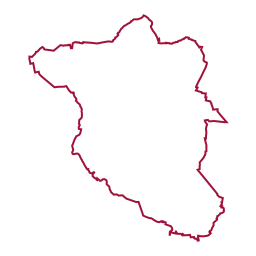 the district of Zináparo, Michoacán, Mexico
{"feature_id": "50627088B92928656414913", "entity_name": "Zináparo", "entity_type": "district", "adm_level": 2, "iso_a3": "MEX", "parent_name": "Mexico", "parent_adm1": "Michoacán", "projection": "orthographic", "projection_center": [-102.009, 20.178], "detail": "fine", "context": "isolated", "style": "outline", "palette": "rose", "viewbox_px": 256, "rotation_deg": 0, "n_neighbors": 0, "source": "geoboundaries", "source_scale": "gbopen_adm2", "svg_char_len": 5693}
<svg xmlns="http://www.w3.org/2000/svg" viewBox="0 0 256 256"><path d="M226.6,122.2L220.1,114.6L217.5,111.3L217.6,109.2L213.1,109.6L212.7,107.6L211.6,104.5L211.5,104.4L211.4,104.2L211.5,103.5L210.6,102.4L210.3,101.4L209.5,101.2L205.8,100.4L206.4,97.3L205.3,97.3L205.8,93.5L205.0,93.6L204.6,93.4L203.4,93.3L202.5,93.1L201.9,93.1L201.7,92.7L201.7,92.3L199.5,91.6L195.9,90.5L197.1,88.7L197.6,87.5L196.1,87.2L196.2,86.4L198.6,81.5L200.9,77.2L203.0,72.8L206.0,66.7L206.1,66.0L206.8,64.0L206.8,62.6L204.6,61.6L203.5,60.4L204.0,55.4L201.5,50.6L201.0,49.9L202.1,47.0L199.9,46.7L199.3,47.4L195.1,41.4L195.2,41.0L191.9,40.0L191.8,39.6L188.7,38.8L188.8,37.7L185.9,37.2L185.7,37.5L184.8,38.1L183.9,38.5L183.8,39.1L182.9,39.2L181.9,39.6L180.8,40.5L179.8,40.5L178.2,41.1L177.9,41.8L177.3,42.0L175.7,42.0L175.0,42.6L173.1,42.8L172.7,43.2L172.4,43.4L172.3,43.6L171.5,43.7L169.6,43.5L169.5,43.1L168.5,43.1L166.2,42.8L166.2,43.3L164.8,43.2L162.7,43.3L159.8,43.3L158.5,43.0L158.6,42.2L158.7,41.3L158.7,40.4L159.3,40.5L159.1,38.8L157.8,39.7L157.0,37.0L156.2,35.8L155.4,34.0L153.0,30.9L151.9,28.9L151.8,28.6L151.1,27.6L150.9,26.0L151.5,25.4L151.9,24.7L152.1,23.3L152.0,22.3L151.4,21.3L150.5,20.6L149.6,20.1L148.8,19.2L148.2,18.2L147.3,17.5L145.3,16.1L143.7,15.4L143.0,16.4L142.4,17.2L141.7,17.8L140.4,18.4L137.6,19.3L137.2,19.3L134.7,19.3L134.1,19.3L133.4,19.6L131.7,21.1L131.2,21.1L130.9,21.4L130.7,22.0L130.5,22.3L130.0,22.6L129.7,22.7L129.4,23.1L128.2,23.5L127.8,23.8L127.5,24.0L126.7,24.5L125.4,25.4L124.4,25.7L123.2,26.8L122.7,27.4L122.2,28.1L121.2,28.8L119.9,31.0L119.7,31.3L119.2,32.3L118.7,32.7L118.1,32.8L117.5,33.6L118.3,35.0L116.2,37.3L115.2,37.5L115.0,38.6L114.5,39.2L113.3,40.0L113.1,40.3L113.0,41.1L112.0,41.8L108.6,41.4L107.3,41.6L105.7,41.8L97.0,43.5L91.4,42.8L88.3,42.6L86.1,42.4L85.6,42.5L85.2,42.5L84.0,42.2L83.3,42.1L82.6,42.7L82.8,43.1L82.2,43.4L79.3,42.8L79.1,42.4L77.0,42.6L76.7,42.2L75.3,42.1L73.2,42.9L72.7,43.4L72.6,44.1L72.5,45.7L72.1,48.2L70.9,48.2L70.1,44.9L69.2,44.9L69.4,45.2L64.3,45.4L63.5,45.7L62.2,45.4L61.3,45.3L60.4,45.2L53.7,50.7L44.3,49.4L43.7,48.0L42.4,47.0L39.9,48.8L37.5,51.6L35.9,51.9L35.6,53.3L31.9,57.0L30.8,56.7L30.1,56.7L29.4,56.6L29.4,58.3L29.5,59.6L29.8,60.9L30.1,62.2L30.3,63.8L33.2,63.1L33.8,66.2L34.7,71.0L35.1,72.5L38.7,71.7L39.4,74.3L41.5,76.4L54.5,87.3L57.7,86.8L62.9,86.7L64.7,86.6L65.6,86.2L66.3,86.1L69.2,90.7L69.9,91.2L71.0,92.5L71.6,92.5L72.6,93.0L73.2,92.4L73.6,92.5L73.8,93.0L73.7,94.0L74.0,95.4L74.7,96.8L75.5,97.7L75.9,98.3L76.4,98.9L75.9,100.8L76.5,101.0L77.4,102.5L79.5,104.2L79.7,104.4L80.1,105.4L80.3,106.4L81.3,108.0L81.9,109.5L81.6,110.5L81.6,111.5L81.9,113.0L81.9,116.4L81.6,117.8L79.2,120.1L79.1,123.2L79.0,124.0L79.4,124.4L79.8,125.1L79.0,126.5L78.8,127.0L78.7,127.7L78.9,128.9L81.2,129.3L80.3,133.2L79.4,134.6L79.1,134.9L76.3,136.3L74.4,139.9L73.8,141.7L73.3,142.9L73.2,143.4L72.2,145.5L72.4,146.6L72.7,148.0L73.2,149.6L73.2,150.0L73.0,150.6L72.7,151.1L72.2,152.3L72.2,152.7L72.3,153.1L72.7,153.7L73.2,154.2L77.3,153.5L78.0,153.8L78.7,154.3L79.1,154.8L79.7,155.7L80.1,156.7L80.9,158.5L82.0,160.1L82.3,161.2L82.6,161.6L82.9,161.8L84.8,165.5L86.0,167.5L87.2,169.2L88.2,169.1L88.1,169.6L88.4,170.3L89.2,171.1L89.3,171.7L89.5,172.5L90.3,173.0L91.2,173.3L92.4,173.4L93.5,172.2L93.9,172.2L94.2,172.5L93.7,173.1L92.8,173.9L92.6,176.0L93.5,177.0L94.7,178.0L95.9,178.6L96.7,179.8L97.1,180.0L97.3,178.4L100.2,180.9L101.1,180.6L102.0,180.0L103.1,179.2L104.5,179.2L105.2,179.5L105.9,179.9L106.3,180.2L106.9,181.9L106.6,183.8L106.8,184.4L108.9,186.3L109.4,186.9L109.5,187.6L109.5,188.2L109.7,189.2L110.4,190.7L110.7,191.0L111.0,192.1L113.9,194.7L116.2,194.4L117.1,194.6L118.8,195.6L121.6,195.3L122.9,195.5L123.5,196.1L124.2,196.9L126.2,198.4L126.3,198.6L136.1,202.0L138.5,201.9L139.8,205.5L142.7,213.9L143.1,215.5L145.1,216.5L147.5,217.4L148.5,217.8L149.5,218.1L150.7,218.1L151.9,218.6L155.2,220.8L156.7,221.6L159.2,222.2L159.8,222.0L160.9,221.3L161.8,221.9L162.8,222.2L162.8,221.3L165.7,222.5L165.4,224.3L170.8,226.2L171.2,226.8L171.7,227.3L172.0,228.4L172.3,229.8L170.9,231.0L170.4,231.3L172.1,232.7L175.5,233.5L175.8,231.5L176.0,231.5L177.2,233.7L178.1,233.8L181.0,233.9L181.2,234.1L181.6,234.3L181.8,234.8L182.2,235.2L182.4,235.3L182.6,234.3L182.7,234.0L183.2,234.3L183.3,234.4L183.3,235.1L184.5,235.3L186.9,235.2L189.9,234.9L189.9,235.1L190.3,235.8L190.7,237.3L194.0,237.0L194.2,238.2L194.8,238.6L195.8,238.5L196.8,239.5L197.8,239.8L197.8,240.6L198.7,240.5L198.7,240.1L198.0,237.3L198.1,235.7L199.0,235.8L199.5,236.2L200.3,236.3L201.1,236.1L202.2,236.3L203.5,236.3L205.8,236.0L207.9,235.6L209.9,234.2L210.1,233.6L210.5,233.3L210.0,233.1L210.1,232.3L209.4,232.0L209.4,231.7L209.8,231.0L210.2,230.8L210.7,230.7L211.0,230.5L211.4,230.0L212.3,227.5L213.0,226.5L213.7,225.0L213.5,224.2L213.5,223.1L214.1,222.3L217.0,219.7L217.1,218.8L216.9,218.8L216.6,218.5L216.7,218.4L217.0,218.3L217.3,216.2L217.6,216.2L218.1,215.9L218.5,215.4L219.4,214.7L219.7,214.4L219.9,214.1L220.3,213.4L220.8,213.2L221.1,213.3L222.2,213.0L223.3,212.2L223.5,212.1L223.8,211.4L224.0,211.1L223.7,210.6L223.9,209.2L223.4,207.7L221.4,207.4L222.0,206.1L220.6,205.9L222.0,203.8L221.5,202.5L222.0,202.5L222.8,198.0L219.9,197.0L219.0,196.6L217.3,194.8L217.2,194.6L217.3,193.9L203.4,176.8L197.6,169.8L199.7,169.0L199.6,166.0L199.9,165.0L199.7,162.4L203.3,158.1L205.3,154.4L205.5,151.7L206.3,151.8L206.4,152.0L206.4,150.2L206.4,147.6L206.3,146.5L206.5,146.1L206.4,145.1L205.4,141.3L204.8,138.3L205.9,138.5L206.2,134.2L206.4,132.4L205.9,128.8L206.7,125.6L207.1,124.5L205.7,122.5L205.1,121.2L204.8,121.0L204.8,120.4L207.9,119.9L209.3,121.4L214.1,121.0L224.5,122.2L226.6,122.2ZM170.4,231.3L169.8,232.4L169.7,234.8L169.9,234.8L170.4,231.3Z" fill="none" stroke="#9f1239" stroke-width="2"/></svg>